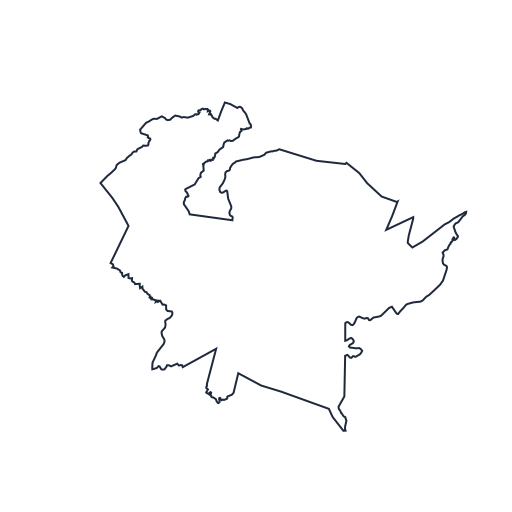 the district of Cuautepec, Guerrero, Mexico, rotated 213°
{"feature_id": "50627088B24932390354910", "entity_name": "Cuautepec", "entity_type": "district", "adm_level": 2, "iso_a3": "MEX", "parent_name": "Mexico", "parent_adm1": "Guerrero", "projection": "equal_earth", "projection_center": [-98.954, 16.72], "detail": "fine", "context": "isolated", "style": "outline", "palette": "slate", "viewbox_px": 512, "rotation_deg": 213, "n_neighbors": 0, "source": "geoboundaries", "source_scale": "gbopen_adm2", "svg_char_len": 6119}
<svg xmlns="http://www.w3.org/2000/svg" viewBox="0 0 512 512"><g transform="rotate(213 256 256)"><path d="M87.5,157.0L85.8,158.3L87.1,159.3L88.6,162.0L90.5,167.2L91.5,167.8L93.4,169.5L94.6,169.2L96.1,169.6L98.3,170.7L99.1,170.7L101.1,172.1L103.1,172.8L104.7,174.5L105.4,186.3L126.9,220.9L125.4,222.9L121.8,222.0L120.5,222.6L120.1,224.8L119.2,225.3L118.1,225.4L117.4,226.0L115.3,230.1L115.1,232.2L115.3,234.3L117.3,235.0L119.3,235.0L121.6,233.2L127.4,230.4L128.9,230.8L128.9,232.5L127.3,235.6L127.3,237.2L128.0,238.2L129.7,239.0L131.4,239.2L132.6,237.8L133.8,234.9L135.0,233.5L144.5,248.2L144.5,249.0L143.4,250.4L141.5,250.6L139.0,250.0L137.5,250.5L137.0,251.6L136.9,253.4L137.8,259.0L137.3,260.4L136.5,261.4L132.1,262.1L130.6,262.8L129.3,264.4L128.3,264.8L126.3,263.8L125.2,264.4L124.0,268.3L119.5,272.6L118.5,274.3L116.1,284.9L114.4,287.5L107.5,284.6L106.0,284.3L105.2,284.8L105.0,287.6L104.0,293.2L103.6,296.9L102.6,298.5L98.8,302.8L93.3,307.2L92.0,309.4L91.2,313.7L90.7,315.4L89.7,317.2L88.3,322.5L86.0,332.1L85.8,337.3L88.6,348.0L89.7,350.7L90.9,351.4L93.6,351.1L95.2,351.7L96.3,352.8L97.8,354.9L98.6,358.1L99.5,359.2L101.3,360.4L101.4,360.8L101.1,361.2L100.9,363.1L100.6,363.8L99.3,365.4L99.1,366.3L99.6,368.1L99.8,371.0L99.5,372.2L100.0,373.0L100.0,373.7L99.6,374.1L99.7,374.8L99.3,376.7L99.4,377.1L100.3,377.2L100.1,378.0L100.5,379.0L100.4,379.3L99.8,379.4L98.9,378.0L98.5,377.7L97.9,377.7L97.2,379.5L97.1,381.9L97.4,382.6L99.7,383.5L101.9,384.8L105.7,387.8L106.3,388.5L106.5,390.9L106.3,392.1L104.8,394.4L104.2,401.8L103.2,404.3L103.1,406.0L103.8,407.5L104.5,406.7L105.9,403.6L108.1,400.0L108.4,399.1L110.6,395.0L112.4,389.7L114.9,385.4L124.2,358.7L129.5,348.3L135.5,349.5L136.3,350.2L139.0,356.3L144.5,373.0L145.3,374.2L161.0,348.9L163.6,363.9L166.9,378.9L167.4,378.0L183.0,374.3L202.4,377.6L214.6,381.8L230.9,383.4L231.2,381.8L257.1,368.8L294.6,358.2L296.3,355.4L298.0,354.2L299.0,352.8L300.1,352.2L303.6,348.3L304.0,347.0L304.0,345.7L306.6,341.6L307.9,340.2L311.6,337.5L316.2,332.4L319.2,329.7L324.3,324.3L324.5,323.0L325.4,321.3L325.8,318.9L325.7,315.7L325.0,314.3L325.0,313.3L325.4,312.6L326.6,311.4L327.1,309.6L326.2,307.4L325.3,306.5L324.7,305.4L324.0,303.3L323.4,298.9L323.8,293.9L323.5,292.9L322.6,291.4L320.9,290.2L319.5,290.2L318.2,291.3L317.0,294.1L316.4,294.8L315.5,294.7L310.5,288.9L303.7,284.1L302.7,282.4L302.4,279.1L301.8,277.6L300.3,276.2L299.4,275.9L297.4,276.2L296.6,275.7L295.3,273.1L334.3,254.8L336.8,256.9L344.6,260.1L345.4,261.0L346.0,262.5L346.0,263.6L346.8,265.9L346.9,267.5L345.5,268.6L345.3,269.2L345.4,269.7L346.4,270.0L347.2,270.9L348.9,271.8L350.3,271.9L351.6,273.2L351.5,273.8L346.4,282.6L346.6,290.1L345.5,291.9L345.6,292.5L346.4,293.0L347.0,294.1L347.5,295.8L346.4,299.2L349.2,302.8L349.5,303.9L350.3,303.9L350.6,304.2L349.7,306.4L349.5,307.7L348.2,308.9L348.4,309.9L347.8,310.0L347.7,310.7L347.2,311.4L346.8,310.9L345.9,311.0L345.8,312.1L344.6,313.0L345.1,313.8L344.6,314.5L345.3,315.1L344.6,315.7L344.6,316.8L345.1,317.6L345.3,318.7L346.0,319.7L344.7,322.2L344.6,325.3L342.9,329.5L343.9,331.9L344.4,333.9L342.8,337.5L341.9,337.7L341.1,338.6L339.8,338.7L338.2,340.0L336.9,343.5L335.4,346.3L335.4,347.1L336.2,348.8L337.0,351.2L336.3,352.7L336.7,353.5L337.8,354.2L337.8,354.5L335.9,355.0L335.0,355.7L333.6,357.0L333.5,357.8L332.9,357.8L332.6,358.4L331.9,358.6L331.0,360.5L330.3,361.0L330.8,362.1L332.0,363.4L333.5,363.7L341.5,369.5L343.4,370.3L345.2,370.7L348.5,372.5L350.5,372.5L351.6,371.7L352.3,370.0L360.3,369.4L365.7,367.8L364.0,358.5L361.8,348.9L364.7,349.1L365.5,348.5L367.9,348.7L371.0,350.4L371.4,349.7L372.5,349.2L373.1,352.4L373.7,352.8L374.3,352.1L375.1,351.9L375.4,351.2L375.8,351.8L375.8,352.6L376.8,352.8L378.3,352.0L379.6,350.6L380.8,350.7L381.7,349.7L381.9,348.1L383.5,346.8L383.2,345.6L382.1,345.0L381.6,345.3L381.5,343.7L382.8,342.2L383.6,342.3L384.2,341.7L385.0,339.2L388.4,335.0L392.2,333.2L393.8,331.6L395.8,331.5L400.2,329.8L401.6,326.4L402.2,323.5L404.0,321.9L405.9,321.5L407.2,322.1L411.1,321.8L413.6,317.2L416.7,315.2L417.5,314.0L419.3,310.1L420.7,308.0L422.0,298.8L419.9,296.7L419.1,296.4L412.6,298.2L411.7,297.7L411.4,296.5L409.9,296.5L409.0,296.9L408.1,296.4L407.9,294.9L408.2,294.3L407.7,292.1L407.0,291.1L406.8,289.9L409.1,287.9L410.3,287.6L410.8,287.0L410.9,285.7L413.6,281.0L413.3,278.5L415.2,277.1L415.7,275.8L415.9,273.0L416.7,271.2L417.7,267.7L417.6,265.4L421.3,259.9L422.4,256.5L421.5,253.4L421.6,251.7L423.1,245.8L424.2,242.4L426.2,232.5L408.2,226.5L398.2,222.2L379.3,211.8L374.1,170.9L371.5,171.1L369.9,169.8L370.2,168.1L365.9,169.7L362.2,169.8L360.7,168.6L359.1,168.9L358.2,167.5L356.7,166.6L355.5,166.5L355.1,168.5L353.1,171.3L350.9,168.1L349.1,168.8L347.9,169.9L346.6,167.6L345.6,167.3L343.9,167.5L342.3,166.9L342.1,166.6L338.4,169.4L337.0,167.3L335.7,165.9L334.6,168.4L333.3,166.7L329.5,165.5L328.0,166.0L326.3,165.1L324.0,165.3L322.9,164.1L322.2,164.5L321.5,163.7L321.9,163.2L321.0,163.2L320.3,162.8L320.1,164.0L318.9,163.3L318.1,163.8L317.1,163.9L315.7,164.4L315.1,162.9L314.6,164.3L313.9,164.0L313.8,165.3L313.3,165.5L312.8,164.9L311.9,166.3L307.8,164.3L306.4,165.4L304.5,165.6L302.3,162.3L300.3,161.7L296.4,163.6L295.5,163.1L294.5,161.8L294.2,159.8L294.6,157.1L295.9,155.0L296.8,152.5L296.7,151.8L294.5,149.3L293.3,146.5L294.0,141.5L293.3,140.0L291.0,137.8L287.3,136.0L286.1,134.4L285.5,132.1L286.5,121.0L285.8,118.2L284.7,110.2L282.3,106.0L281.2,104.5L278.3,107.9L277.7,110.6L276.8,110.9L273.7,109.4L272.1,110.0L271.0,111.2L270.8,114.6L271.1,115.9L269.6,116.9L267.1,117.2L263.4,122.8L261.3,122.2L260.7,122.3L259.7,123.7L258.3,124.1L256.9,122.9L238.9,156.5L227.4,121.7L226.4,120.6L226.4,119.2L225.9,118.3L223.6,117.9L223.5,114.5L222.8,114.2L220.9,114.5L220.1,117.0L219.5,117.1L219.1,116.9L218.9,116.1L219.1,114.4L217.6,114.5L217.2,113.9L216.3,113.5L214.8,114.1L211.8,114.1L209.7,112.6L207.9,112.0L207.4,112.2L207.0,113.5L207.7,114.7L209.0,115.9L209.4,116.8L209.3,117.1L208.8,117.4L207.3,116.6L206.2,116.4L205.5,117.6L204.5,117.8L202.8,120.1L202.6,120.9L203.4,122.3L203.1,123.1L200.7,126.4L200.3,129.0L207.0,148.0L181.0,150.2L161.2,155.9L111.6,167.5L104.0,162.7L87.5,157.0Z" fill="none" stroke="#1e293b" stroke-width="2"/></g></svg>